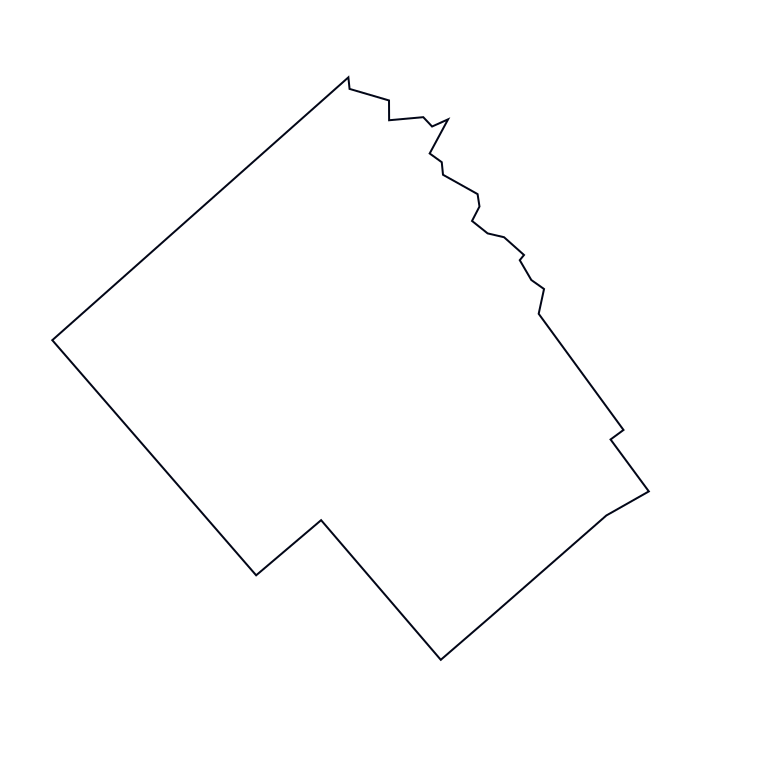 the district of Real, Texas, United States of America, rotated 139°
{"feature_id": "52423323B52683952870677", "entity_name": "Real", "entity_type": "district", "adm_level": 2, "iso_a3": "USA", "parent_name": "United States of America", "parent_adm1": "Texas", "projection": "mercator", "projection_center": [-99.949, 29.853], "detail": "fine", "context": "isolated", "style": "outline", "palette": "ink", "viewbox_px": 768, "rotation_deg": 139, "n_neighbors": 0, "source": "geoboundaries", "source_scale": "gbopen_adm2", "svg_char_len": 526}
<svg xmlns="http://www.w3.org/2000/svg" viewBox="0 0 768 768"><g transform="rotate(139 384 384)"><path d="M456.8,138.4L302.4,138.9L254.6,129.2L249.4,193.5L233.4,192.2L221.2,335.5L200.9,350.7L204.6,365.8L200.3,388.4L193.7,389.5L197.1,416.0L207.0,429.7L210.6,449.3L195.5,455.3L188.8,465.9L202.2,503.2L194.9,513.5L198.3,528.0L162.0,541.7L178.8,546.8L179.3,559.6L207.1,579.7L194.2,594.7L216.4,629.3L209.7,638.8L605.6,634.7L606.0,323.5L520.8,322.5L522.1,138.6L456.8,138.4Z" fill="none" stroke="#020617" stroke-width="2"/></g></svg>